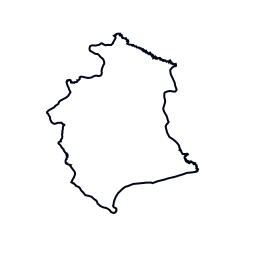 outline of Hoon, Oudômxai, Laos, rotated 39°
{"feature_id": "54806243B15680017307326", "entity_name": "Hoon", "entity_type": "district", "adm_level": 2, "iso_a3": "LAO", "parent_name": "Laos", "parent_adm1": "Oudômxai", "projection": "albers", "projection_center": [101.419, 20.096], "detail": "fine", "context": "isolated", "style": "outline", "palette": "ink", "viewbox_px": 256, "rotation_deg": 39, "n_neighbors": 0, "source": "geoboundaries", "source_scale": "gbopen_adm2", "svg_char_len": 5692}
<svg xmlns="http://www.w3.org/2000/svg" viewBox="0 0 256 256"><g transform="rotate(39 128 128)"><path d="M126.2,49.4L125.8,49.0L125.7,49.9L125.2,49.7L124.9,50.0L124.4,48.9L124.2,49.3L123.3,49.2L122.8,49.7L122.6,50.2L122.4,50.2L122.3,49.8L122.1,49.8L121.7,50.3L121.3,50.2L121.0,50.5L120.9,50.4L120.9,49.9L120.6,49.7L120.1,50.5L119.4,50.5L119.3,50.3L119.6,50.0L119.6,49.8L118.8,49.7L118.7,49.1L118.2,48.9L117.9,49.4L118.1,50.1L117.7,50.6L117.9,51.0L117.4,50.8L116.7,51.3L116.2,52.3L115.1,52.1L114.6,52.4L114.4,52.2L113.6,53.2L113.4,53.0L113.2,53.3L113.1,53.1L113.4,52.9L113.1,52.7L112.8,52.9L112.7,53.5L112.2,53.4L111.5,53.6L111.0,53.5L110.9,54.2L110.2,54.1L109.8,54.5L109.4,54.3L109.7,53.8L109.6,53.6L108.8,53.4L108.0,54.0L107.2,54.9L107.1,55.2L107.3,55.4L107.2,55.7L106.6,55.7L106.6,56.1L106.0,56.2L105.7,56.7L105.2,56.5L105.2,56.2L105.7,55.6L105.4,55.3L104.9,55.8L104.3,55.5L104.3,56.2L103.8,55.9L103.7,56.1L103.9,56.4L103.7,56.5L103.2,56.2L103.0,56.3L103.1,56.6L104.1,57.4L103.7,57.9L103.2,57.2L102.6,56.9L102.7,56.4L102.1,56.4L101.8,55.9L101.4,56.4L101.8,57.1L101.6,57.2L101.1,56.6L101.1,56.1L100.8,55.9L100.4,55.8L100.3,56.0L99.9,56.0L99.7,56.6L99.2,56.8L98.8,56.0L98.0,56.1L98.1,55.8L97.8,55.5L97.6,55.8L97.9,56.4L97.6,56.6L97.5,57.5L97.1,57.5L97.2,57.1L97.0,56.9L96.5,57.3L95.3,57.0L94.9,57.3L94.9,57.8L94.6,58.0L94.0,57.0L93.6,56.8L93.5,57.5L93.2,57.4L93.3,57.1L93.1,56.9L92.6,57.4L92.5,58.0L91.9,57.6L91.6,58.4L91.3,58.4L91.2,57.9L90.7,57.6L90.7,58.3L89.6,57.9L89.6,58.4L89.4,58.5L87.9,58.2L87.2,57.4L87.4,58.2L86.8,58.9L85.9,58.6L84.2,59.8L82.9,59.4L81.8,60.4L79.9,60.2L79.3,60.8L79.3,61.0L79.8,61.0L79.7,61.2L79.4,61.3L78.8,60.9L76.2,62.5L74.3,63.0L74.1,62.2L74.0,60.7L73.7,60.5L73.3,60.7L73.4,60.2L73.0,59.8L72.7,60.0L72.9,60.2L72.5,60.8L72.1,60.1L71.9,60.0L71.5,60.3L70.4,60.2L69.9,59.6L68.9,60.7L67.7,60.8L67.1,61.6L66.2,61.3L65.6,60.4L64.7,60.7L64.8,60.0L64.6,59.8L63.9,60.5L63.0,59.9L62.8,60.8L62.0,60.1L60.9,60.9L59.8,62.3L60.2,63.0L59.4,63.8L59.0,65.2L60.0,65.3L60.7,65.1L61.3,65.4L61.9,66.5L62.6,71.0L63.0,71.8L62.6,74.2L59.6,76.5L58.4,77.9L56.8,78.4L54.8,78.5L53.9,79.1L53.7,80.2L53.1,81.6L51.0,84.3L48.1,86.3L47.1,88.1L47.4,89.2L48.4,90.9L49.8,91.8L55.4,91.0L56.6,90.6L57.6,89.7L59.4,89.5L61.5,90.1L65.0,90.1L66.7,90.8L68.5,92.2L69.1,93.1L69.3,94.6L70.3,98.0L71.6,100.4L73.0,101.7L73.6,102.8L73.8,104.5L72.2,106.4L70.4,107.2L69.7,108.0L68.4,110.1L68.2,111.0L67.4,112.3L65.3,114.4L59.8,117.2L59.2,117.7L58.7,118.6L58.7,119.0L58.9,119.3L58.9,119.7L59.6,120.1L59.6,121.2L59.3,122.3L58.7,122.8L59.1,123.0L59.4,124.1L59.0,124.9L58.0,125.8L57.8,125.8L57.7,126.8L56.3,127.3L56.1,128.0L55.1,128.5L54.8,128.1L54.4,128.0L54.4,127.6L53.1,127.0L52.0,127.6L51.8,128.4L51.2,128.8L51.3,129.3L50.9,129.3L51.0,130.4L52.0,131.6L54.7,133.3L56.5,134.1L57.6,134.9L60.8,136.4L61.3,140.7L60.9,142.9L59.2,147.1L58.0,149.7L58.1,151.4L58.7,153.2L57.5,156.9L57.7,158.2L55.3,164.1L55.0,166.4L55.5,167.2L57.1,167.2L58.2,168.0L60.1,168.4L62.4,170.5L63.5,170.8L64.0,171.3L66.1,171.7L68.4,171.0L70.4,167.9L71.9,166.8L72.7,165.9L73.2,165.7L74.9,166.1L75.9,165.6L76.6,165.6L76.7,165.8L76.4,166.9L76.8,168.3L77.4,168.9L78.4,170.5L79.0,171.9L79.7,172.4L80.0,173.2L80.5,173.6L80.6,174.4L82.3,175.9L83.2,177.5L83.3,179.5L84.3,180.6L83.4,181.6L83.2,182.3L83.2,182.9L83.5,183.6L84.4,183.9L85.1,183.8L87.2,184.2L88.8,184.9L91.0,185.1L91.6,185.3L92.0,185.8L94.8,186.6L95.8,186.7L96.2,186.3L97.9,186.8L98.0,187.7L97.6,188.0L98.0,188.2L98.7,187.8L99.2,188.5L99.3,188.7L99.1,189.1L99.2,190.3L99.9,190.8L99.7,191.7L99.9,192.3L100.8,193.7L101.5,193.9L101.9,194.5L102.6,194.4L103.2,193.8L103.6,194.2L104.4,194.0L106.9,192.9L106.9,193.6L107.3,193.9L113.8,195.5L115.0,196.2L116.0,197.4L117.0,200.2L117.3,202.5L118.2,205.9L119.3,205.5L120.3,205.5L120.7,205.1L121.8,205.4L122.8,205.2L123.4,205.6L124.0,205.7L126.3,205.0L127.5,204.9L128.3,205.0L131.3,206.1L133.4,206.2L137.0,207.1L140.5,205.3L143.1,204.4L146.4,204.6L148.6,204.4L150.2,204.7L152.0,205.9L154.2,205.9L155.1,206.1L158.3,205.4L161.7,203.8L163.0,203.5L165.4,203.4L167.8,203.9L169.1,203.6L170.0,203.2L170.9,202.5L171.3,201.0L171.0,200.5L171.1,199.7L170.8,199.6L169.9,198.2L169.6,198.1L169.1,198.0L166.9,198.5L166.1,198.3L165.3,197.8L165.1,196.9L163.3,193.9L161.8,189.1L161.3,184.8L162.0,178.9L163.0,175.3L164.5,173.2L167.2,168.3L177.3,158.3L180.4,155.8L181.7,155.5L184.5,150.8L188.8,145.1L190.9,141.9L195.5,136.0L197.6,132.7L199.7,129.7L201.9,126.0L206.1,121.8L208.7,118.8L208.3,118.4L208.9,117.7L208.4,117.3L208.6,116.2L208.2,115.9L207.6,116.3L206.3,116.3L206.2,116.0L206.3,115.3L205.8,115.0L205.6,114.5L204.9,114.6L204.6,113.8L203.1,113.9L202.5,113.1L202.2,113.1L201.2,113.6L201.9,113.8L201.7,114.7L200.6,114.3L200.3,114.4L199.9,114.0L199.0,114.3L198.2,114.3L198.3,115.5L198.0,115.7L197.4,115.3L197.3,115.6L197.6,116.9L197.3,117.0L196.5,116.5L195.7,117.3L195.3,117.2L194.9,117.0L195.7,116.7L195.6,115.8L194.9,115.9L194.3,116.8L193.6,116.4L193.0,116.4L192.7,115.8L191.9,115.7L192.3,116.5L191.0,115.8L190.0,114.7L190.0,113.8L190.5,113.7L190.7,113.4L190.2,112.4L190.8,111.9L190.7,111.4L191.1,111.1L191.2,110.9L191.0,110.7L190.5,111.0L190.0,110.9L189.4,111.7L186.8,113.9L185.8,113.4L185.1,113.3L183.5,112.3L182.0,112.8L181.9,112.5L182.5,111.9L182.4,111.8L182.1,111.8L180.9,111.0L180.2,110.9L178.6,109.5L175.8,108.8L172.8,108.5L169.8,108.5L166.2,108.9L165.5,108.8L161.6,107.1L158.1,104.6L156.4,103.2L155.7,101.2L155.9,97.9L154.2,97.0L152.4,95.6L150.3,94.3L145.8,92.6L143.7,91.3L142.9,90.3L140.5,84.4L139.2,83.0L136.8,81.2L134.7,78.6L134.3,77.2L135.1,75.6L136.1,74.2L137.3,72.8L140.2,71.2L141.8,70.0L141.9,68.7L141.4,67.4L138.1,65.5L135.6,63.3L127.4,59.3L124.6,56.8L124.3,55.9L124.3,53.3L124.8,51.4L126.2,49.4Z" fill="none" stroke="#020617" stroke-width="2"/></g></svg>